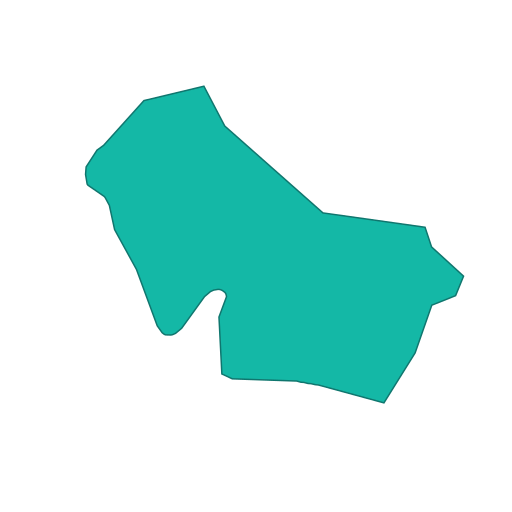 an SVG outline of Hillingdon, rotated 121°
{"feature_id": "GBR-2753", "entity_name": "Hillingdon", "entity_type": "London Borough", "adm_level": 1, "iso_a3": "GBR", "parent_name": "United Kingdom", "parent_adm1": "", "projection": "equal_earth", "projection_center": [-0.412, 51.535], "detail": "fine", "context": "isolated", "style": "filled", "palette": "teal", "viewbox_px": 512, "rotation_deg": 121, "n_neighbors": 0, "source": "natural_earth", "source_scale": "10m", "svg_char_len": 790}
<svg xmlns="http://www.w3.org/2000/svg" viewBox="0 0 512 512"><g transform="rotate(121 256 256)"><path d="M374.7,224.5L327.4,256.3L306.1,260.3L304.8,261.4L303.8,262.6L303.2,263.9L302.9,266.9L303.0,268.4L303.4,269.9L304.1,271.3L307.0,274.7L309.9,276.7L317.3,279.2L356.2,282.5L363.7,285.1L366.4,287.0L367.5,288.2L370.1,292.8L370.4,294.2L370.1,296.9L366.7,304.7L329.1,351.5L306.2,390.8L288.1,407.8L283.5,415.6L283.1,417.0L281.9,436.4L281.3,437.8L273.9,444.1L267.1,447.5L247.1,446.8L239.6,443.6L180.5,432.1L137.3,388.1L160.7,349.7L184.6,220.8L144.3,125.9L157.8,110.2L166.4,67.7L187.2,64.5L207.6,80.0L257.1,69.7L316.0,70.7L334.5,136.3L335.8,139.0L337.1,143.1L338.5,145.8L339.7,149.9L341.1,152.6L342.2,156.7L373.5,213.1L374.7,224.5Z" fill="#14b8a6" stroke="#0f766e" stroke-width="1.5"/></g></svg>